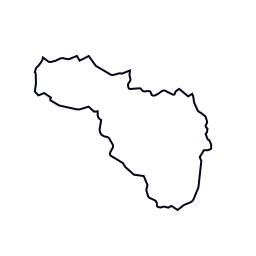 Granada, orthographic projection, rotated 252°
{"feature_id": "ESP-5821", "entity_name": "Granada", "entity_type": "Autonomous Community", "adm_level": 1, "iso_a3": "ESP", "parent_name": "Spain", "parent_adm1": "", "projection": "orthographic", "projection_center": [-3.141, 37.388], "detail": "fine", "context": "isolated", "style": "outline", "palette": "ink", "viewbox_px": 256, "rotation_deg": 252, "n_neighbors": 0, "source": "natural_earth", "source_scale": "10m", "svg_char_len": 1734}
<svg xmlns="http://www.w3.org/2000/svg" viewBox="0 0 256 256"><g transform="rotate(252 128 128)"><path d="M140.6,199.6L138.0,199.8L131.7,198.7L122.6,199.8L121.2,200.7L120.0,201.9L118.2,203.2L114.9,205.3L109.3,205.2L105.9,202.4L104.1,202.7L102.9,203.4L99.6,201.8L98.3,200.0L95.5,200.1L92.5,200.3L91.3,201.5L86.7,202.0L82.6,200.6L82.1,197.4L83.4,193.3L78.2,187.3L73.9,187.5L49.7,176.6L39.7,168.1L38.6,166.5L38.0,164.4L37.5,157.4L34.7,149.9L40.5,145.2L39.8,141.7L42.2,137.8L42.4,134.3L43.3,132.5L44.0,131.8L44.7,131.5L48.0,132.2L49.6,132.0L51.1,131.0L55.0,126.8L56.6,126.0L63.3,126.2L67.7,128.9L77.4,128.1L81.8,119.2L91.5,113.5L96.4,112.2L107.1,102.9L108.5,102.6L110.5,103.7L114.4,107.9L116.6,108.4L124.0,106.9L125.6,105.8L127.5,102.7L129.6,100.8L132.1,100.1L135.3,100.5L143.8,104.9L145.6,103.6L147.3,103.0L149.1,103.0L153.3,104.3L154.0,100.8L160.5,97.1L160.6,87.9L161.6,85.0L170.6,69.6L178.2,62.8L178.9,62.8L179.4,63.0L180.7,64.1L187.1,59.1L186.7,52.8L191.5,50.7L198.7,54.2L207.9,56.9L208.8,57.0L209.9,56.6L212.9,58.8L213.6,59.5L214.9,62.0L216.7,64.7L219.3,67.7L221.3,68.9L215.9,72.7L215.2,73.5L214.7,74.6L214.3,79.5L215.1,85.8L214.5,87.8L212.4,91.3L211.7,93.3L212.3,101.7L207.0,102.8L208.6,112.9L197.0,116.6L183.6,128.5L183.0,130.1L182.7,136.4L182.5,137.3L181.7,138.8L181.6,139.6L182.1,147.6L177.6,145.7L173.5,145.4L172.3,144.8L170.1,141.9L169.3,141.4L166.6,140.9L165.5,141.0L164.8,141.5L164.4,142.2L162.2,151.3L161.4,152.4L159.3,153.1L158.4,153.8L157.6,155.3L156.9,158.7L156.2,160.1L155.3,160.6L152.2,160.7L151.0,161.9L150.6,163.6L151.2,167.3L152.6,171.4L152.8,172.9L152.2,174.6L145.9,180.9L145.5,182.3L146.2,183.2L147.3,183.9L148.1,184.8L149.4,188.7L139.5,195.0L140.6,199.6Z" fill="none" stroke="#020617" stroke-width="2"/></g></svg>